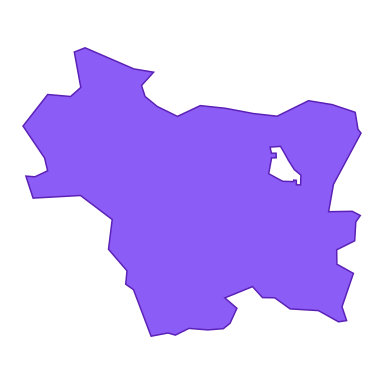 Karmana, Navoi, Uzbekistan
{"feature_id": "79887680B23954211598190", "entity_name": "Karmana", "entity_type": "district", "adm_level": 2, "iso_a3": "UZB", "parent_name": "Uzbekistan", "parent_adm1": "Navoi", "projection": "mercator", "projection_center": [65.268, 40.01], "detail": "fine", "context": "isolated", "style": "filled", "palette": "violet", "viewbox_px": 384, "rotation_deg": 0, "n_neighbors": 0, "source": "geoboundaries", "source_scale": "gbopen_adm2", "svg_char_len": 1048}
<svg xmlns="http://www.w3.org/2000/svg" viewBox="0 0 384 384"><path d="M151.1,336.2L168.0,333.0L175.4,335.1L188.9,328.4L207.8,329.9L223.3,328.7L230.0,323.3L236.9,308.3L224.8,297.9L252.5,286.6L262.5,297.6L274.7,297.8L290.1,308.9L318.4,310.6L338.5,321.8L346.6,320.6L342.0,306.8L353.4,273.4L336.9,264.2L336.7,249.8L354.7,240.8L355.8,222.0L360.3,215.5L352.2,211.3L328.6,211.7L333.5,184.3L361.0,133.1L358.0,129.3L355.2,112.3L332.5,104.7L308.5,100.7L277.1,116.2L253.1,113.5L225.5,108.3L200.3,105.6L177.4,116.4L157.1,106.4L145.1,96.5L141.5,85.5L153.6,72.2L133.8,68.9L85.1,47.8L74.3,52.0L80.8,87.4L70.6,96.5L47.7,94.5L23.0,126.1L44.6,158.0L47.6,170.8L34.9,176.8L25.9,176.1L33.1,198.1L80.5,195.5L112.2,219.5L108.5,249.3L127.0,270.8L125.7,284.2L133.5,289.7L151.1,336.2ZM284.0,152.3L288.5,160.5L294.3,169.6L300.9,175.1L300.6,184.9L296.4,184.8L296.3,180.3L293.7,180.1L293.7,181.6L282.9,181.3L280.4,180.1L268.7,173.7L271.6,157.9L276.2,157.8L276.1,153.2L271.4,153.2L270.1,147.1L280.5,146.4L284.0,152.3Z" fill="#8b5cf6" stroke="#5b21b6" stroke-width="1.5"/></svg>